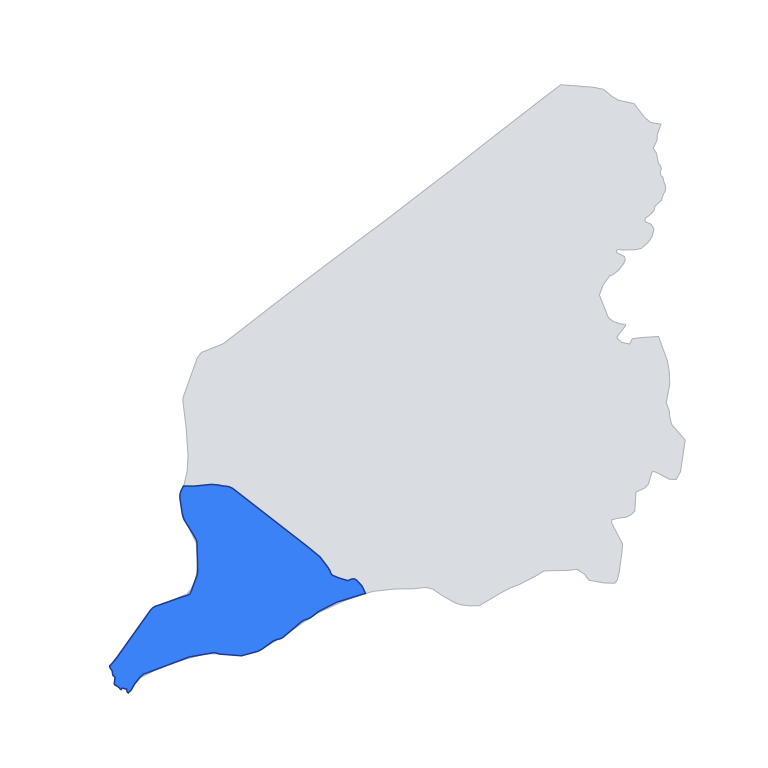 Syria, with Hasaka (Al Haksa) highlighted, rotated 173°
{"feature_id": "SYR-141", "entity_name": "Hasaka (Al Haksa)", "entity_type": "Province", "adm_level": 1, "iso_a3": "SYR", "parent_name": "Syria", "parent_adm1": "", "projection": "orthographic", "projection_center": [41.143, 36.439], "detail": "fine", "context": "in_parent", "style": "filled", "palette": "blue", "viewbox_px": 768, "rotation_deg": 173, "n_neighbors": 0, "source": "natural_earth", "source_scale": "10m", "svg_char_len": 3589}
<svg xmlns="http://www.w3.org/2000/svg" viewBox="0 0 768 768"><g transform="rotate(173 384 384)"><path d="M105.6,253.6L112.3,254.7L126.3,264.2L128.7,264.1L133.6,252.7L138.0,249.0L147.1,246.0L150.5,227.4L154.9,224.0L160.0,222.3L167.7,222.3L174.4,221.5L175.0,218.2L166.7,196.1L167.7,190.7L173.3,169.1L176.5,160.8L179.3,158.1L189.8,159.7L204.4,164.2L208.0,170.6L215.0,176.5L225.9,176.6L238.3,178.1L248.1,178.9L256.1,175.2L273.9,168.6L282.8,166.4L290.8,163.5L316.7,152.3L326.8,153.5L333.8,155.3L339.0,157.4L350.8,165.9L360.5,174.4L367.4,177.0L380.0,177.2L398.0,179.2L420.3,179.5L433.3,177.4L450.0,173.6L479.6,164.2L518.6,144.1L541.5,134.3L551.3,133.2L564.1,133.1L576.8,135.7L591.3,137.6L598.0,137.4L613.7,135.3L634.0,131.1L646.8,127.6L662.2,121.9L671.7,112.6L674.8,111.6L678.8,113.2L680.7,113.8L684.7,119.0L688.9,132.5L689.0,134.0L688.2,137.9L678.3,149.1L664.7,164.4L655.0,174.0L638.5,190.2L626.0,193.7L605.1,199.6L599.5,205.2L594.3,214.3L591.2,226.7L590.3,234.5L589.8,249.0L594.7,264.0L599.5,278.4L600.1,288.0L599.7,297.4L595.1,307.4L590.1,321.2L587.2,336.8L585.7,365.9L585.7,390.8L585.2,394.8L576.4,412.4L566.1,432.8L561.3,437.6L538.6,443.6L513.7,458.4L485.9,475.0L460.5,489.9L433.7,505.5L405.9,521.5L386.0,533.0L359.2,548.2L334.8,562.7L310.0,577.4L291.0,588.4L262.2,605.9L245.3,616.1L220.3,631.0L198.3,644.1L172.1,659.5L140.4,653.1L130.4,649.8L122.5,641.5L116.6,637.0L101.8,631.9L92.8,616.6L87.3,611.0L77.4,608.1L82.2,598.8L83.3,592.7L88.0,585.3L85.5,580.1L84.7,569.4L83.0,566.7L82.4,563.9L84.1,560.5L83.7,557.0L82.0,555.4L81.5,550.1L80.3,546.1L81.3,541.3L83.6,538.3L86.2,532.5L88.9,530.8L93.4,527.3L94.7,523.5L98.7,519.9L103.9,517.0L105.2,514.6L104.5,513.1L99.5,510.0L97.1,504.9L99.9,497.8L101.6,495.6L104.8,492.3L111.9,487.3L117.2,486.7L121.8,487.0L129.6,487.8L135.6,489.0L137.2,487.8L137.0,486.0L129.8,481.2L129.5,477.8L131.6,474.1L137.1,468.5L143.6,464.5L146.8,463.9L154.4,455.6L159.4,446.1L153.1,422.2L148.8,418.2L141.6,414.6L137.4,413.9L137.1,412.3L143.1,406.6L147.4,401.6L143.2,396.5L135.3,393.7L132.0,398.7L121.7,398.7L105.7,397.7L99.9,372.5L99.4,361.6L100.3,349.2L106.1,331.2L104.2,322.6L104.3,316.9L103.5,309.0L91.9,291.5L100.4,260.8L105.6,253.6Z" fill="#d9dde1" stroke="#a8b0b8" stroke-width="1"/><path d="M675.5,108.5L676.5,109.7L676.6,111.0L676.5,112.1L676.6,112.6L677.8,112.8L680.5,114.1L681.0,113.8L681.6,113.2L682.2,112.7L682.7,112.9L683.1,113.5L683.6,114.5L684.0,115.1L687.0,117.6L687.7,117.9L688.3,119.3L686.7,125.6L687.8,127.0L688.5,127.6L688.7,129.2L688.8,132.4L689.4,133.7L690.1,134.8L690.6,136.1L690.6,137.7L687.9,139.9L682.2,145.4L673.1,155.4L655.4,174.8L643.4,187.9L641.0,189.9L638.6,191.1L610.8,197.2L604.9,198.2L602.3,199.4L600.5,201.9L592.6,217.5L591.8,220.5L589.0,248.6L589.0,250.4L589.3,252.4L591.6,257.8L598.7,273.1L599.7,276.7L600.1,280.3L600.5,295.7L600.0,299.2L598.6,302.6L595.5,307.2L585.3,305.8L567.4,305.4L560.5,303.9L557.2,302.7L551.6,301.4L549.9,300.7L547.0,298.9L479.7,231.9L468.6,220.2L462.0,208.9L460.1,204.5L460.0,203.1L459.9,202.6L459.7,202.3L459.2,201.3L458.2,200.3L452.6,197.1L444.4,193.5L444.0,193.4L443.6,193.4L443.2,193.4L442.8,193.5L441.4,194.0L440.6,194.2L439.0,194.4L438.0,194.3L437.1,194.1L436.3,193.7L435.1,192.6L430.7,186.6L429.9,184.7L427.9,178.4L457.0,173.3L476.3,166.3L485.3,161.1L488.5,160.0L491.9,159.4L495.3,157.9L501.7,153.6L513.6,145.8L515.4,144.7L517.3,143.9L519.2,143.6L521.3,143.5L525.4,142.3L537.4,135.7L541.8,134.0L558.5,131.6L579.8,135.9L583.8,137.6L585.7,138.1L610.5,136.8L647.6,127.8L657.7,125.4L661.6,123.0L668.2,116.6L672.6,110.6L673.9,109.8L675.5,108.5Z" fill="#3b82f6" stroke="#1e3a8a" stroke-width="1.5"/></g></svg>